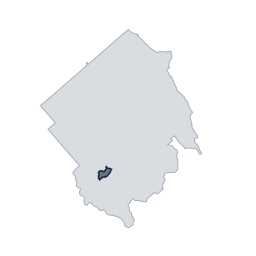 Al Fasher, North Darfur, Sudan shown in context, rotated 319°
{"feature_id": "16777658B96521919713520", "entity_name": "Al Fasher", "entity_type": "district", "adm_level": 2, "iso_a3": "SDN", "parent_name": "Sudan", "parent_adm1": "North Darfur", "projection": "robinson", "projection_center": [25.322, 13.818], "detail": "fine", "context": "in_parent", "style": "filled", "palette": "slate", "viewbox_px": 256, "rotation_deg": 319, "n_neighbors": 0, "source": "geoboundaries", "source_scale": "gbopen_adm2", "svg_char_len": 4552}
<svg xmlns="http://www.w3.org/2000/svg" viewBox="0 0 256 256"><g transform="rotate(319 128 128)"><path d="M167.0,195.5L165.2,195.5L165.0,195.0L165.0,193.7L165.2,192.6L165.9,191.0L165.7,190.1L165.8,188.8L165.3,187.4L160.8,183.2L159.9,182.1L157.5,181.0L157.9,179.8L156.9,171.3L157.4,170.3L157.5,168.8L157.5,167.5L158.0,165.3L158.1,164.4L153.3,164.3L153.3,165.3L153.5,166.3L153.5,166.7L146.9,166.8L149.6,170.1L149.7,171.6L149.6,173.4L149.6,174.6L149.8,175.3L150.5,176.8L150.4,177.1L150.3,177.5L145.6,182.0L144.9,184.0L144.2,185.1L142.9,186.9L138.6,191.7L137.9,192.0L134.7,192.2L134.4,192.3L134.1,192.5L131.2,189.7L126.5,186.3L123.4,188.1L122.5,188.7L122.5,190.3L122.1,191.2L121.2,192.1L118.9,192.6L117.7,193.1L116.3,194.0L114.9,195.6L114.8,196.4L115.0,197.1L107.1,197.0L106.5,196.5L105.4,194.0L104.6,194.1L97.4,193.8L96.3,194.1L94.3,195.1L93.2,195.3L92.2,194.8L88.4,189.8L87.5,189.2L86.7,188.1L85.9,187.5L85.6,187.2L85.5,186.6L85.5,185.5L85.3,184.8L84.7,184.7L79.6,185.8L78.8,185.7L77.8,185.9L77.4,186.1L77.0,186.8L76.9,188.1L76.8,188.8L76.4,189.6L74.9,191.3L74.6,192.0L74.7,193.9L74.6,194.8L74.4,195.2L73.7,195.9L73.5,196.4L73.2,198.7L72.4,200.2L72.3,200.7L72.2,201.7L72.1,202.0L69.8,202.9L68.9,203.4L68.4,204.2L68.3,204.5L67.3,204.2L66.0,204.0L63.6,203.8L62.6,203.4L62.2,202.8L62.3,201.4L62.1,201.1L61.7,200.8L61.4,200.2L61.5,199.5L62.8,197.8L63.0,196.9L63.4,192.7L63.3,191.4L62.3,189.1L60.0,185.1L59.4,184.3L56.5,180.9L56.2,180.5L55.5,179.0L56.3,176.0L56.3,175.1L56.1,174.2L55.4,173.6L54.7,173.5L53.9,172.7L53.3,172.3L52.8,171.6L52.5,170.6L52.7,166.9L52.6,166.5L51.8,166.3L51.7,166.1L51.7,165.4L51.3,163.3L50.9,161.6L51.1,160.7L50.5,159.4L49.3,158.8L47.0,159.2L46.3,159.2L45.8,158.9L45.5,158.4L45.3,157.9L45.4,157.1L46.1,155.5L46.9,154.2L48.6,153.1L49.0,152.5L49.3,151.8L49.3,151.0L49.2,150.2L49.0,149.4L48.6,148.4L48.1,147.3L48.1,146.5L48.3,145.9L48.8,145.2L50.4,143.9L52.1,142.8L52.4,142.4L52.3,141.9L51.5,141.0L51.3,139.2L50.9,138.0L51.7,137.1L52.3,136.7L53.3,136.4L53.7,136.0L53.8,135.3L53.8,134.6L54.2,134.1L54.6,132.9L55.0,132.4L56.3,131.1L56.6,130.2L56.7,129.4L56.3,126.9L57.1,125.8L58.0,125.0L59.4,125.0L61.5,124.8L63.0,124.5L64.0,124.5L66.4,125.0L66.6,124.7L66.7,124.1L66.8,76.4L76.5,76.4L76.6,53.8L137.5,53.8L138.0,53.7L138.9,51.6L139.3,51.5L140.0,51.6L140.2,52.1L139.7,53.8L192.8,53.8L193.0,56.4L193.5,58.4L195.0,61.4L196.3,63.0L196.8,63.8L196.9,64.2L196.8,64.6L196.4,64.2L195.8,63.9L195.7,65.3L196.0,68.1L196.6,70.1L196.3,71.9L196.4,75.0L197.1,78.7L197.0,81.1L198.2,86.6L199.4,89.7L200.0,90.5L200.6,90.9L201.9,91.1L203.8,92.7L205.4,94.4L205.9,95.2L206.7,96.2L207.1,96.0L207.4,95.7L208.0,96.5L210.4,98.2L210.7,98.9L209.9,99.7L208.9,101.0L208.5,102.2L208.2,102.6L207.4,103.3L207.3,103.7L207.0,103.9L206.6,103.9L205.8,104.3L205.1,104.2L204.3,104.4L204.1,104.7L203.5,105.0L202.7,105.1L201.5,106.1L200.4,106.6L200.0,107.0L199.5,109.1L199.1,109.6L197.5,109.6L196.7,109.8L195.7,109.6L195.1,109.6L195.0,110.1L194.8,111.8L194.9,112.5L194.0,114.5L194.3,118.3L193.5,121.0L193.4,121.7L192.6,123.9L192.1,124.7L191.1,128.8L190.7,130.1L189.7,131.4L190.8,141.3L190.0,144.3L190.1,146.0L189.6,148.4L189.1,149.6L188.4,150.9L187.8,152.5L187.3,154.5L187.0,158.3L186.9,158.6L184.0,159.1L183.1,159.4L182.5,159.8L181.8,160.8L180.4,163.4L179.6,165.1L178.5,167.3L177.1,168.9L176.8,169.7L176.6,171.1L176.1,173.4L175.6,175.0L175.7,176.3L175.3,178.6L175.4,179.7L174.9,180.3L174.3,180.9L173.8,181.0L171.8,179.5L170.4,180.5L169.6,182.0L168.9,183.5L169.3,186.6L169.3,187.3L169.1,188.0L167.8,191.1L167.4,192.5L167.0,194.9L167.0,195.5Z" fill="#d9dde1" stroke="#a8b0b8" stroke-width="1"/><path d="M88.5,148.3L87.9,146.9L87.7,146.5L87.6,146.4L86.9,145.7L86.4,145.4L86.1,144.8L86.2,144.1L86.4,143.0L86.4,142.9L85.7,143.1L85.4,143.9L84.9,144.8L83.5,144.8L83.0,144.8L82.0,145.5L81.0,145.1L81.2,144.7L80.8,144.3L80.6,144.2L80.3,143.7L80.3,143.4L80.1,143.2L79.8,142.9L79.4,142.8L79.2,142.8L79.1,142.4L78.9,142.3L78.8,142.0L78.3,141.9L77.9,141.9L77.0,142.0L76.5,142.1L76.3,142.4L76.2,143.2L76.1,143.4L76.0,143.6L75.5,143.9L75.5,144.2L75.2,144.5L74.5,144.6L74.1,144.8L74.0,145.3L74.0,145.7L73.7,146.2L73.0,146.5L72.9,146.5L73.0,146.8L73.0,147.0L72.5,148.5L73.1,148.6L73.5,148.5L74.3,148.4L74.5,148.5L75.2,148.6L75.8,148.4L76.0,148.4L76.3,148.4L76.8,148.6L77.8,149.3L78.2,149.5L78.4,149.9L78.5,150.1L79.1,149.8L79.4,149.7L79.5,149.8L79.7,150.2L79.9,150.5L80.4,150.6L81.4,150.5L81.5,150.5L82.1,150.4L83.9,150.1L85.0,149.8L85.5,149.9L85.9,149.7L86.4,149.3L86.6,148.9L87.3,148.7L87.7,148.6L88.1,148.4L88.3,148.3L88.5,148.3Z" fill="#64748b" stroke="#1e293b" stroke-width="1.5"/></g></svg>